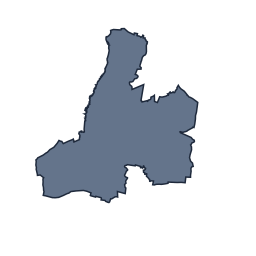 Tinca, Bihor, Romania (Equal Earth projection), rotated 290°
{"feature_id": "2599482B90584172362262", "entity_name": "Tinca", "entity_type": "district", "adm_level": 2, "iso_a3": "ROU", "parent_name": "Romania", "parent_adm1": "Bihor", "projection": "equal_earth", "projection_center": [21.941, 46.761], "detail": "fine", "context": "isolated", "style": "filled", "palette": "slate", "viewbox_px": 256, "rotation_deg": 290, "n_neighbors": 0, "source": "geoboundaries", "source_scale": "gbopen_adm2", "svg_char_len": 5706}
<svg xmlns="http://www.w3.org/2000/svg" viewBox="0 0 256 256"><g transform="rotate(290 128 128)"><path d="M179.3,172.5L179.1,172.3L179.9,171.5L181.8,168.3L182.9,164.3L183.9,162.4L185.3,160.7L182.6,160.2L181.5,160.7L179.9,160.0L179.2,160.0L179.0,159.8L177.4,159.8L176.9,159.2L177.4,158.0L176.3,157.4L175.5,156.1L176.3,155.4L176.1,155.1L174.2,154.5L173.7,153.7L173.2,154.8L172.6,154.7L172.5,154.1L170.9,152.8L168.9,149.8L168.5,148.8L168.2,147.1L162.0,146.9L162.0,143.9L167.7,141.6L166.8,141.1L164.8,139.0L163.3,139.5L162.8,139.4L162.2,139.0L161.1,137.5L159.9,137.4L159.7,137.2L160.1,136.5L157.3,132.3L157.8,132.0L158.0,131.1L158.3,131.1L158.3,130.8L174.2,127.9L165.6,118.6L167.4,117.9L168.4,117.3L169.3,114.9L170.1,114.3L171.4,113.8L172.0,114.1L172.4,115.5L173.4,116.7L176.5,117.4L177.6,119.2L179.1,119.8L179.9,119.8L180.3,119.5L180.9,118.1L180.8,116.5L181.4,116.5L186.4,116.6L187.8,120.1L189.2,119.7L189.9,118.1L191.1,117.8L194.2,117.7L194.8,117.5L195.6,117.7L199.2,117.3L201.2,117.9L202.6,119.2L204.1,119.5L206.1,119.2L212.1,116.9L213.8,117.2L214.1,116.7L215.3,116.9L215.7,116.7L216.0,115.2L216.8,114.8L216.9,114.3L217.6,113.5L218.4,113.3L217.9,111.6L218.7,111.6L218.7,111.2L219.6,110.8L220.1,111.0L220.3,110.6L220.3,110.2L219.4,110.3L217.6,109.1L218.0,108.4L218.2,107.4L217.9,104.9L219.9,104.6L219.4,101.5L217.7,101.7L218.3,95.3L220.2,90.5L219.0,87.7L218.1,88.0L217.5,87.2L215.6,80.7L214.5,79.2L213.7,78.3L212.3,79.1L210.4,79.3L208.0,78.3L206.4,77.1L206.4,76.4L205.9,76.3L203.8,77.0L202.7,77.8L202.4,78.3L202.1,78.4L202.1,78.9L201.7,78.8L201.2,79.2L201.7,79.3L201.3,79.8L201.6,80.0L201.5,80.3L201.0,80.4L201.2,80.6L200.9,80.9L200.6,80.6L200.2,80.6L200.3,80.8L200.2,81.0L199.7,81.0L199.5,82.0L199.3,81.8L198.4,81.9L197.4,82.4L196.6,82.4L194.8,83.6L193.9,83.9L190.0,84.5L186.9,84.7L186.1,84.6L184.5,85.2L184.1,85.7L183.3,86.0L182.8,86.5L182.2,86.4L181.3,86.8L180.1,86.5L177.8,86.5L177.5,86.2L176.0,86.4L175.9,86.1L174.9,86.5L174.7,86.8L173.9,86.8L173.6,87.2L172.7,87.2L172.6,86.9L171.8,87.0L171.3,86.7L171.1,86.8L170.5,86.4L170.2,86.5L170.2,86.2L169.5,86.3L169.1,85.9L168.7,86.0L168.7,85.4L168.3,85.3L168.3,85.6L167.8,85.6L167.5,85.8L167.1,85.4L166.9,85.5L166.7,84.9L166.1,85.3L165.6,84.9L164.9,85.2L164.4,84.9L164.4,84.4L163.2,84.6L162.2,84.3L162.0,84.0L161.6,84.2L161.0,83.7L160.1,83.7L159.0,84.0L157.6,83.7L157.6,83.3L157.4,83.4L157.3,83.1L157.0,83.6L156.4,83.6L156.2,83.9L155.4,83.7L155.2,83.5L154.8,83.9L154.2,83.1L153.4,83.0L153.4,83.3L153.0,82.9L152.7,83.3L152.5,83.1L152.2,83.2L151.6,83.0L151.3,83.1L151.0,83.4L150.7,83.1L150.2,83.5L150.3,83.8L149.9,84.0L149.1,83.9L148.1,83.4L148.0,83.7L147.5,83.7L146.8,83.5L146.7,83.1L146.3,83.1L146.4,82.9L145.8,82.9L145.8,82.2L145.3,82.3L145.4,81.9L145.0,81.7L144.8,81.2L144.5,81.2L144.0,81.7L143.8,81.4L143.3,81.5L143.5,81.7L143.4,81.9L142.7,81.8L142.6,82.2L141.4,82.4L140.5,83.0L139.1,82.9L138.7,83.4L138.5,83.2L138.6,82.9L138.1,83.1L137.8,82.9L137.5,83.1L137.7,83.4L137.6,83.6L137.2,83.5L137.1,83.8L136.4,83.2L135.3,83.3L135.2,83.2L135.3,82.9L135.0,83.0L134.7,82.8L134.9,83.1L134.6,83.1L134.7,83.4L134.0,83.6L133.7,83.0L133.8,82.7L133.4,82.8L133.6,82.6L133.3,82.6L133.2,82.4L133.4,82.3L133.2,82.1L133.1,82.5L132.4,82.4L132.4,82.1L132.1,82.4L131.7,82.3L131.7,81.6L131.2,81.6L131.2,81.4L129.8,81.5L129.8,82.1L129.6,82.4L130.1,82.5L129.8,82.7L130.2,83.2L129.6,83.6L128.5,83.5L128.4,83.9L128.2,83.9L127.3,83.5L127.0,83.0L126.5,83.3L126.3,82.7L126.1,83.7L125.0,84.2L124.0,84.0L123.8,84.1L123.8,84.5L123.3,84.4L123.3,84.7L122.5,84.8L122.3,84.3L122.1,84.6L121.6,84.7L121.1,85.3L120.9,85.1L120.3,85.6L119.8,85.0L112.1,87.1L109.4,88.3L108.8,87.8L108.9,87.1L108.3,86.0L109.3,85.5L108.6,84.5L107.8,84.4L107.5,83.6L105.7,83.8L105.3,84.7L104.1,85.6L103.2,85.6L102.5,85.9L101.9,85.8L100.5,86.3L95.9,81.5L96.7,81.8L97.4,81.6L98.9,80.3L98.2,79.9L95.1,76.4L91.2,72.5L92.8,70.3L92.5,69.4L92.7,67.4L89.4,66.7L84.5,64.9L81.0,62.0L77.7,60.6L76.2,59.3L73.7,57.7L69.1,53.4L67.8,53.1L66.5,52.4L65.1,53.2L61.7,54.1L59.4,55.5L57.9,55.8L53.6,58.6L52.5,59.1L53.8,61.6L52.4,65.8L51.4,65.5L50.2,65.8L48.7,66.5L45.4,67.5L43.2,68.9L40.4,70.1L39.6,70.8L35.7,71.4L36.1,73.9L36.7,80.7L37.6,83.5L39.1,86.6L42.6,90.4L45.3,93.0L46.7,94.8L48.7,96.0L51.2,100.9L54.1,107.5L54.5,111.0L54.4,115.4L51.7,115.7L51.6,116.3L52.0,121.2L52.8,121.2L53.3,126.5L52.9,127.0L51.2,127.3L52.1,131.2L51.4,132.1L51.3,135.0L51.5,135.6L52.4,136.0L55.5,135.9L55.8,136.9L58.8,139.3L59.5,140.6L59.6,141.9L64.7,139.8L65.4,147.8L70.9,146.5L71.1,145.7L73.5,144.2L74.1,144.3L75.4,145.0L76.9,144.1L77.9,144.0L80.5,144.7L81.1,144.5L81.2,142.5L81.8,141.4L82.6,140.9L84.8,141.2L86.9,141.2L88.0,142.0L88.7,141.9L89.9,140.0L90.0,138.7L90.5,138.0L91.3,137.9L91.7,138.1L92.6,139.5L93.3,139.8L94.9,147.7L95.8,147.6L96.2,153.2L95.4,153.1L95.0,153.4L95.4,154.4L95.3,155.4L95.9,155.6L97.3,155.4L97.7,155.6L97.7,155.8L96.2,157.2L96.2,158.2L95.8,158.4L95.2,158.4L94.0,157.8L93.6,156.9L91.7,157.8L91.6,159.1L90.3,159.6L90.3,159.9L91.3,160.9L91.3,161.3L88.9,161.9L88.4,163.4L87.0,165.6L87.0,165.9L85.4,166.6L85.4,167.0L86.3,167.8L86.9,170.1L83.1,170.6L83.5,172.2L84.7,173.7L85.9,176.6L86.4,178.5L88.2,182.0L89.7,184.5L90.9,184.2L93.6,192.8L95.2,196.8L96.1,200.4L101.7,199.1L103.1,203.6L105.1,202.9L108.9,202.1L111.3,201.0L112.1,201.0L113.6,201.4L114.2,202.4L117.1,200.6L118.2,198.2L121.1,196.0L123.9,195.5L129.2,195.2L132.0,194.1L133.5,192.6L134.3,193.0L135.7,193.1L137.3,194.8L138.1,195.0L139.2,194.4L139.5,192.5L140.7,190.6L141.5,178.9L142.1,178.2L142.6,178.8L142.4,179.9L143.1,181.7L143.8,182.5L144.3,183.4L145.4,184.6L146.1,184.9L150.2,188.5L150.9,188.6L151.0,189.8L154.4,189.4L159.5,188.3L162.7,187.2L166.4,186.9L175.9,184.8L177.7,178.7L178.1,175.9L178.0,174.7L179.3,172.5Z" fill="#64748b" stroke="#1e293b" stroke-width="1.5"/></g></svg>